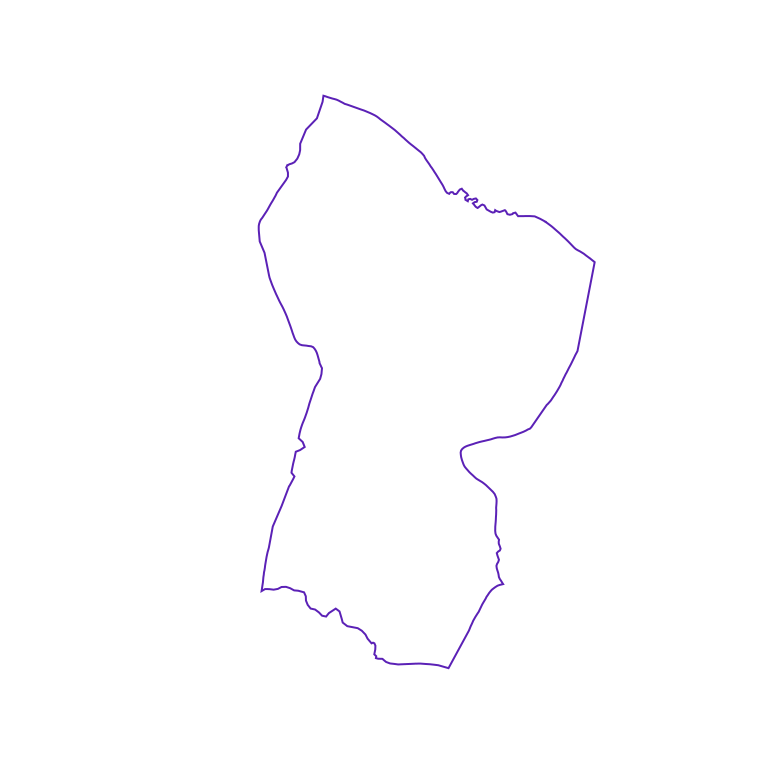 As Sawma'ah, Al Bayda', Yemen, rotated 134°
{"feature_id": "15242507B21871042325483", "entity_name": "As Sawma'ah", "entity_type": "district", "adm_level": 2, "iso_a3": "YEM", "parent_name": "Yemen", "parent_adm1": "Al Bayda'", "projection": "natural_earth1", "projection_center": [45.761, 14.177], "detail": "fine", "context": "isolated", "style": "outline", "palette": "violet", "viewbox_px": 768, "rotation_deg": 134, "n_neighbors": 0, "source": "geoboundaries", "source_scale": "gbopen_adm2", "svg_char_len": 6118}
<svg xmlns="http://www.w3.org/2000/svg" viewBox="0 0 768 768"><g transform="rotate(134 384 384)"><path d="M150.0,317.1L150.5,322.5L151.2,327.8L151.5,330.8L152.0,333.1L152.5,335.3L153.2,337.6L153.7,339.8L153.8,342.0L153.7,344.7L153.6,347.4L153.5,350.4L153.5,355.2L153.6,357.6L153.6,362.4L153.9,368.2L154.0,370.8L154.2,373.4L154.9,378.8L155.3,380.7L155.1,380.7L155.2,381.0L156.7,386.4L158.7,392.0L162.1,396.0L170.1,404.1L169.8,406.3L169.7,406.5L169.5,408.0L169.4,408.5L171.5,409.8L172.5,409.6L174.8,411.0L176.1,413.2L175.3,415.4L174.9,417.2L175.0,417.8L179.1,419.8L180.2,420.5L181.5,423.5L181.7,424.8L183.6,423.8L185.1,424.8L185.9,426.7L187.1,431.4L186.5,433.4L185.8,435.8L186.6,437.9L187.5,438.2L188.0,438.4L188.4,438.4L192.2,438.9L192.4,439.0L192.8,441.2L192.5,443.4L192.4,443.9L192.3,445.3L192.1,445.3L192.1,445.5L190.1,445.1L189.6,444.7L188.5,443.9L186.8,444.6L186.7,446.8L188.5,448.0L190.3,448.6L190.4,448.8L191.0,450.6L191.9,451.2L192.6,451.6L194.3,450.7L194.5,451.7L194.9,453.4L194.2,454.1L193.6,455.2L191.7,455.2L191.1,455.0L190.9,455.0L190.7,454.9L189.8,454.7L189.4,456.9L189.7,459.2L189.7,460.0L189.9,460.8L189.8,461.1L189.9,461.5L189.5,463.7L191.3,464.5L192.0,464.5L194.3,464.3L195.5,464.0L197.1,464.0L197.3,464.1L197.7,464.6L198.6,465.6L198.3,467.8L199.2,468.8L199.9,469.3L200.9,469.3L201.9,469.2L202.7,471.4L202.5,473.3L202.4,473.8L201.6,476.1L200.7,478.4L200.1,480.3L199.3,483.5L196.9,492.8L196.5,494.7L195.9,497.1L195.3,499.9L195.2,500.4L195.2,500.8L195.0,501.9L194.8,502.5L194.3,504.7L193.9,506.9L193.4,509.5L192.9,511.5L192.0,513.7L191.8,516.0L191.7,518.4L192.0,521.5L192.2,523.7L192.6,528.4L192.9,531.1L193.1,533.5L193.3,538.2L193.3,540.5L193.5,543.1L193.5,545.4L193.7,550.3L193.8,552.6L194.1,555.3L194.7,560.3L195.0,562.4L195.3,564.9L196.1,570.3L196.3,572.8L196.6,575.0L197.1,577.2L197.9,579.7L198.7,582.1L199.6,584.4L200.6,587.0L201.3,588.7L201.5,589.1L202.6,591.4L204.5,595.6L205.6,598.0L206.5,600.0L207.5,602.2L208.7,604.8L209.8,606.9L210.3,609.0L211.0,611.2L211.6,613.4L212.4,615.6L213.4,617.5L214.5,619.4L216.7,623.7L217.7,625.9L218.7,627.8L223.7,624.2L239.5,616.8L240.4,616.8L255.1,616.8L269.4,611.2L274.0,606.8L277.7,604.5L282.1,602.9L286.6,602.5L289.3,603.4L291.8,604.8L293.9,605.2L293.9,605.5L296.1,604.8L296.2,604.3L298.7,599.9L301.5,597.2L305.2,596.2L318.0,594.3L320.8,593.9L321.9,593.5L324.0,592.8L326.0,592.3L328.2,591.7L330.3,591.2L332.2,590.8L334.6,590.2L338.6,589.1L340.6,588.6L344.4,587.9L349.1,587.0L351.3,586.8L353.2,586.2L355.5,585.1L357.3,583.9L358.9,582.4L360.4,580.9L361.8,579.3L367.8,572.4L372.6,561.1L385.7,542.2L387.0,540.2L388.2,537.8L390.3,533.5L391.3,531.2L392.2,529.1L393.2,526.7L394.2,524.3L395.9,519.8L396.8,517.5L397.7,514.9L399.1,510.5L400.0,508.0L401.8,503.5L402.9,500.9L405.0,496.6L406.2,494.1L407.4,491.6L409.5,487.5L410.7,485.3L411.8,483.0L412.8,481.0L413.7,478.8L414.2,476.6L414.3,474.4L414.1,472.2L413.1,470.0L411.7,468.2L410.4,466.6L409.1,464.7L407.5,462.6L406.7,460.5L406.9,458.3L407.4,456.2L408.2,454.1L409.3,452.0L410.4,450.1L411.7,447.9L412.8,446.0L413.9,444.6L414.2,443.6L415.2,441.1L415.7,439.6L420.3,435.9L424.7,433.5L434.1,431.5L435.9,430.7L438.5,429.5L440.4,428.7L444.5,426.7L447.4,425.3L449.9,424.1L453.7,422.0L456.3,420.7L458.5,419.6L460.5,418.7L462.9,417.6L464.8,416.8L468.9,415.2L470.7,414.4L472.6,413.5L474.6,412.5L476.3,411.5L478.2,410.4L480.3,409.0L482.3,407.7L482.2,402.2L484.4,397.3L489.9,398.5L494.0,400.4L496.2,399.0L498.6,397.4L500.6,396.2L502.9,394.9L504.9,393.7L506.6,392.6L510.5,390.1L512.1,388.9L512.7,384.2L515.5,383.3L522.6,381.3L523.6,381.2L542.9,372.9L563.8,365.0L581.6,353.2L583.4,352.2L585.7,351.0L587.5,349.9L589.9,348.4L595.6,344.5L597.3,343.3L599.0,342.0L601.0,340.6L602.8,339.5L604.7,338.0L606.7,336.6L610.8,333.3L612.8,331.9L618.0,328.2L614.1,327.1L611.3,324.1L608.6,320.5L605.1,318.0L601.2,316.7L598.0,313.6L596.1,309.7L594.9,305.3L592.3,302.1L589.4,296.8L591.0,292.8L594.0,289.7L595.9,285.4L596.5,280.8L594.1,276.9L593.5,272.1L593.7,267.6L591.5,264.1L587.1,264.5L579.1,262.7L578.5,258.0L582.1,251.6L584.3,248.0L583.7,242.2L577.9,233.3L576.9,228.6L577.1,223.3L578.6,218.9L579.2,212.8L577.7,212.2L577.2,210.8L578.2,208.4L581.0,205.9L585.2,203.2L585.2,200.5L586.8,199.4L585.7,197.4L582.8,194.2L582.7,191.9L582.5,189.4L580.8,185.5L578.4,182.4L575.9,179.0L572.4,175.7L566.0,169.6L562.8,166.6L559.5,163.2L556.6,159.7L553.7,156.3L551.0,152.8L548.6,149.6L543.6,140.2L502.4,151.6L500.4,152.4L498.2,153.3L496.1,154.0L494.1,154.7L492.3,155.4L490.3,155.9L488.0,156.5L486.0,156.9L484.1,157.3L482.2,157.6L474.4,160.2L472.4,160.7L467.7,161.8L465.9,162.4L463.9,162.7L461.3,163.2L459.1,163.4L457.1,163.5L454.9,163.2L452.6,162.8L450.2,162.2L448.2,161.2L445.2,159.3L444.9,160.6L444.3,162.9L443.8,165.3L443.0,167.3L441.6,169.1L440.4,170.9L439.3,173.0L438.2,174.9L436.7,176.8L434.9,177.7L432.7,178.2L430.6,179.2L429.6,181.2L428.6,183.2L427.3,185.4L425.2,185.5L423.3,185.0L421.5,185.7L420.3,187.9L419.2,190.4L417.8,191.9L416.1,193.1L415.6,195.5L415.1,197.8L414.2,199.8L412.9,201.4L412.1,202.3L411.4,202.9L409.4,204.8L405.7,207.8L403.8,209.4L401.9,211.1L400.2,212.5L396.9,215.5L395.1,217.4L393.5,218.7L391.8,220.1L390.0,221.7L388.4,223.4L387.4,225.3L386.3,227.9L385.9,230.7L385.9,240.4L386.1,242.7L386.4,245.1L386.9,247.3L387.4,249.5L387.9,251.8L388.0,254.1L388.0,256.5L388.1,259.0L388.1,261.5L387.9,263.7L387.7,266.3L387.4,268.6L386.7,270.7L385.6,273.0L384.5,275.2L383.0,277.7L381.6,279.5L380.1,281.2L378.4,282.3L376.4,282.6L374.3,282.4L372.5,281.9L370.6,281.1L368.9,280.2L366.7,279.0L364.9,278.0L363.1,277.1L359.4,275.0L357.2,273.6L355.1,272.2L353.2,271.0L351.5,269.9L349.6,268.7L347.5,267.6L345.4,266.4L343.3,265.0L341.6,263.3L340.1,261.6L338.4,259.9L336.3,258.2L334.1,256.7L331.8,255.4L329.6,254.2L327.6,253.3L325.8,252.5L323.9,251.6L321.5,250.5L318.8,249.5L316.7,248.9L314.8,248.0L312.8,248.0L286.0,252.4L284.5,252.3L282.1,252.4L280.0,252.5L277.8,252.9L275.7,253.3L273.7,253.6L269.2,254.5L264.3,255.7L262.2,256.3L259.8,257.2L257.4,257.9L255.6,258.6L253.6,259.2L250.9,260.1L248.9,260.6L244.1,262.1L240.2,263.2L237.7,264.0L232.5,265.7L230.5,266.4L228.0,267.1L225.9,267.7L150.0,317.1Z" fill="none" stroke="#5b21b6" stroke-width="2"/></g></svg>